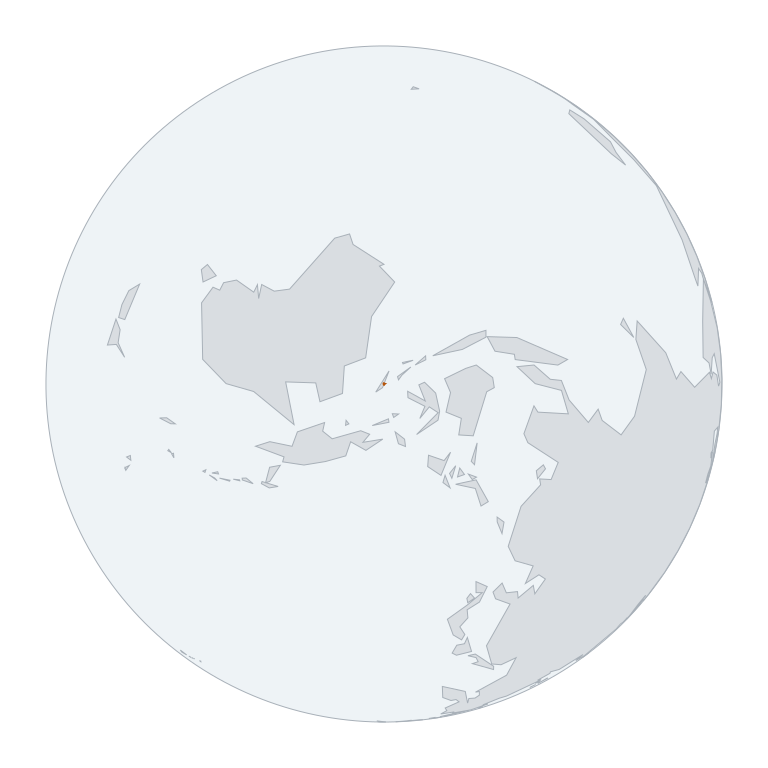 Ermera on an orthographic globe, rotated 148°
{"feature_id": "TLS-549", "entity_name": "Ermera", "entity_type": "District", "adm_level": 1, "iso_a3": "TLS", "parent_name": "East Timor", "parent_adm1": "", "projection": "orthographic", "projection_center": [125.395, -8.82], "detail": "fine", "context": "on_globe", "style": "filled", "palette": "amber", "viewbox_px": 768, "rotation_deg": 148, "n_neighbors": 0, "source": "natural_earth", "source_scale": "10m", "svg_char_len": 7033}
<svg xmlns="http://www.w3.org/2000/svg" viewBox="0 0 768 768"><g transform="rotate(148 384 384)"><circle cx="384" cy="384" r="338" fill="#eef3f6" stroke="#a8b0b8"/><path d="M648.7,447.6L648.4,450.1L648.0,450.4L648.7,447.6ZM566.4,99.5L567.5,100.3L568.6,102.1L561.5,96.4L566.4,99.5ZM553.1,91.4L551.7,90.7L544.8,86.9L539.6,84.3L531.6,80.2L528.9,78.7L553.1,91.4ZM521.2,75.2L520.7,75.0L511.7,71.2L513.3,71.8L521.2,75.2ZM697.7,266.3L694.9,258.8L697.5,263.8L697.7,266.3ZM692.5,254.2L693.7,256.7L692.6,254.6L692.5,254.2ZM691.4,252.6L692.2,253.8L691.5,253.2L691.4,252.6ZM690.1,251.3L690.7,251.7L690.7,251.9L690.1,251.3ZM687.1,247.2L686.2,246.0L686.5,245.5L687.1,247.2ZM540.3,84.7L542.3,85.9L538.7,84.2L540.3,84.7ZM523.2,76.6L516.9,74.0L522.6,76.2L523.2,76.6ZM512.7,72.2L497.3,66.9L500.5,68.7L482.9,61.6L501.8,67.8L508.4,70.0L508.1,70.2L512.7,72.2ZM475.6,59.0L471.3,57.8L475.0,58.7L475.6,59.0ZM269.8,66.0L270.2,65.8L274.6,64.3L278.6,62.9L278.4,63.6L281.6,62.6L282.9,61.8L290.1,59.5L302.8,56.0L302.0,56.4L297.3,57.7L286.4,61.7L274.0,66.0L275.0,65.9L285.5,62.4L298.9,57.3L306.8,55.3L301.6,57.0L304.1,56.2L307.7,55.3L310.6,55.2L316.9,53.2L358.1,47.4L367.9,47.8L358.6,49.1L386.6,49.1L395.4,51.7L396.6,50.7L410.8,51.4L408.3,50.5L409.9,50.2L445.3,54.4L453.0,56.5L469.6,59.4L470.2,59.2L465.4,57.6L482.9,61.6L500.5,68.7L498.2,68.7L510.8,74.1L503.8,73.7L503.8,76.8L488.8,74.7L490.1,78.2L494.9,80.1L500.3,87.0L494.8,96.6L478.0,80.2L482.2,69.1L478.7,72.3L473.2,69.4L468.0,69.6L466.1,72.7L469.7,74.2L434.3,72.1L417.0,81.9L433.5,83.9L441.0,89.5L435.8,107.7L393.7,130.6L403.2,142.7L401.8,149.8L389.3,152.6L390.9,142.1L380.8,137.2L383.7,131.4L364.1,134.1L367.3,126.1L350.5,133.1L353.7,140.1L369.8,139.9L353.9,150.7L366.5,164.6L364.7,180.5L332.6,207.6L304.6,215.5L302.3,221.0L292.9,214.4L277.8,225.2L293.1,258.0L291.7,267.7L268.4,286.0L268.4,278.6L243.5,261.0L236.9,284.5L255.6,304.2L262.0,328.2L246.7,320.6L240.5,299.9L231.7,293.0L235.5,272.4L231.1,243.1L215.7,249.2L218.3,237.5L209.9,215.2L188.6,223.9L153.9,257.3L146.8,288.3L135.9,303.3L128.5,261.2L133.4,233.2L125.6,237.2L122.3,216.6L101.8,221.5L103.5,215.1L98.6,219.8L97.0,215.2L101.4,204.9L98.3,207.4L87.9,234.7L91.7,232.4L101.4,218.9L97.2,229.6L99.3,237.4L80.5,268.3L57.5,303.8L63.0,281.4L71.7,255.0L82.3,231.7L94.8,209.3L108.8,187.9L124.5,167.6L141.6,148.5L160.2,130.9L180.0,114.6L201.0,99.9L223.0,86.9L246.0,75.5L269.8,66.0ZM62.7,279.3L57.1,305.4L55.8,309.6L56.0,315.3L65.9,300.7L64.2,308.6L54.8,348.4L47.9,407.8L53.3,441.9L60.4,472.5L66.0,497.5L75.6,520.4L79.9,531.2L86.9,544.6L96.0,560.8L96.1,561.0L84.1,539.8L73.7,517.8L64.8,495.0L57.7,471.7L52.2,448.0L48.4,423.9L46.4,399.5L46.2,375.2L47.7,350.8L51.0,326.7L56.0,302.8L62.7,279.3ZM123.9,170.5L128.8,169.0L140.3,153.7L143.2,152.2L146.1,147.9L141.2,152.6L150.3,141.3L157.3,135.8L163.8,129.6L162.4,130.0L148.1,142.3L134.9,158.0L127.9,165.3L123.9,170.5ZM197.8,615.7L204.7,619.5L201.7,620.6L197.8,615.7ZM69.2,458.7L84.0,515.3L81.2,518.0L73.8,502.8L63.6,469.4L64.5,457.4L63.1,441.6L69.2,458.7ZM346.7,388.7L357.2,390.9L356.9,392.5L346.7,388.7ZM335.7,382.4L347.5,383.6L333.8,385.8L335.7,382.4ZM352.2,384.2L364.2,382.0L369.5,379.8L368.6,383.1L352.2,384.2ZM327.7,382.1L285.5,380.1L269.1,375.5L272.7,369.7L299.2,371.8L327.7,382.1ZM271.4,369.5L246.7,353.0L215.3,307.5L226.5,307.9L259.8,335.2L257.7,340.1L272.5,353.0L271.4,369.5ZM332.1,341.5L329.8,356.4L306.3,353.9L295.7,351.2L288.4,331.9L292.4,322.5L301.0,323.0L335.8,292.8L347.6,301.2L336.6,313.9L346.3,327.3L332.1,341.5ZM147.5,291.1L151.8,309.1L146.2,312.9L147.5,291.1ZM351.0,272.2L336.2,284.7L350.0,267.6L351.0,272.2ZM359.8,256.2L360.2,262.9L354.9,256.0L359.8,256.2ZM300.8,229.7L291.7,231.0L292.0,226.5L304.0,222.3L300.8,229.7ZM363.2,194.6L361.1,207.0L358.6,211.2L355.4,203.3L363.2,194.6ZM353.0,47.7L359.3,47.0L361.4,47.0L360.2,47.2L353.0,47.7ZM358.5,47.0L353.4,47.5L352.7,47.5L358.5,47.0ZM569.7,576.0L573.8,581.0L564.2,590.2L550.9,598.4L538.3,598.2L569.7,576.0ZM470.4,578.9L468.9,564.7L483.4,566.4L478.3,577.8L470.4,578.9ZM579.0,569.9L587.6,559.9L589.8,544.1L590.0,559.4L597.9,563.6L576.9,581.1L579.0,569.9ZM413.8,514.5L348.5,533.8L333.7,529.5L336.3,518.7L320.6,485.5L325.4,486.4L320.9,464.8L358.8,447.8L385.7,415.9L408.1,420.3L424.2,398.0L447.7,402.9L441.3,421.1L466.3,437.9L481.8,397.2L498.5,446.7L517.7,468.0L524.7,501.0L495.7,549.5L477.7,556.7L473.6,550.6L466.3,554.9L454.0,550.3L445.8,530.9L438.7,535.3L445.0,522.9L435.0,533.2L427.9,520.9L413.8,514.5ZM582.1,460.8L585.9,463.3L592.3,474.1L586.2,470.5L582.1,460.8ZM639.1,453.5L641.0,458.5L637.0,457.8L639.1,453.5ZM648.0,450.4L643.3,449.9L648.7,447.6L648.0,450.4ZM600.7,438.3L602.7,442.0L601.2,442.6L600.7,438.3ZM599.2,436.8L601.3,432.7L601.1,437.5L599.2,436.8ZM580.5,405.7L582.7,403.9L583.8,406.1L580.5,405.7ZM372.8,392.4L387.2,381.7L395.3,381.5L372.8,392.4ZM577.1,399.7L571.5,397.7L572.0,395.4L577.1,399.7ZM577.4,394.0L576.7,390.4L580.4,399.5L577.4,394.0ZM566.4,383.4L573.4,391.4L565.6,384.0L566.4,383.4ZM562.3,383.2L557.3,379.3L557.6,378.3L562.3,383.2ZM507.4,375.2L525.9,399.3L511.4,395.6L495.0,379.9L482.8,389.3L454.8,382.8L461.0,376.5L457.0,365.0L428.5,356.7L422.8,349.0L432.8,345.7L414.2,337.9L434.5,337.3L442.9,352.7L454.5,343.3L474.8,349.3L494.8,357.7L511.2,371.7L507.4,375.2ZM434.9,368.8L438.5,369.3L435.4,373.3L434.9,368.8ZM547.8,368.8L555.0,377.7L554.2,379.3L550.7,377.3L547.8,368.8ZM515.0,370.0L532.5,361.9L536.7,363.1L525.1,374.0L515.0,370.0ZM528.1,353.2L536.4,356.7L540.8,364.5L539.1,365.9L528.1,353.2ZM393.5,350.5L392.7,354.4L387.5,350.8L393.5,350.5ZM400.1,348.9L416.0,355.0L398.7,352.1L400.1,348.9ZM353.3,331.0L357.7,340.6L371.9,335.8L361.1,343.4L370.9,359.7L367.8,365.3L358.0,347.7L354.9,364.8L348.7,364.0L345.0,348.9L351.2,331.5L357.4,324.7L383.1,323.9L353.3,331.0ZM399.9,337.5L395.8,326.3L398.9,319.6L403.4,325.7L399.9,337.5ZM384.0,300.0L373.6,287.2L363.7,290.9L384.1,276.3L390.7,290.8L384.0,300.0ZM375.8,273.4L366.5,276.7L376.4,268.1L375.8,273.4ZM364.3,272.6L363.7,264.6L370.9,266.2L364.3,272.6ZM380.6,274.2L383.0,260.9L386.2,269.2L380.6,274.2ZM361.9,247.0L376.4,261.0L356.7,253.9L357.9,229.0L366.4,229.1L361.9,247.0ZM421.7,160.4L420.7,154.4L428.9,154.2L427.3,158.3L421.7,160.4ZM454.9,150.9L430.8,152.4L411.3,155.0L416.5,158.3L410.7,167.7L403.8,157.5L418.6,148.5L433.1,148.5L436.8,141.2L448.4,137.9L448.2,128.7L453.8,125.9L458.3,134.5L454.9,150.9ZM447.6,124.9L451.5,110.8L466.3,115.6L468.8,119.7L460.7,123.9L453.4,121.1L447.6,124.9ZM456.8,109.1L449.7,106.6L440.6,86.5L442.4,83.8L457.2,100.0L451.3,98.6L450.9,103.2L456.8,109.1ZM471.8,58.1L471.3,57.8L474.4,58.7L471.8,58.1ZM408.2,49.7L410.9,49.4L414.5,50.1L408.2,49.7ZM420.6,49.4L414.6,48.8L421.2,49.3L420.6,49.4ZM401.2,47.8L412.4,48.5L401.3,48.1L401.2,47.8Z" fill="#d9dde1" stroke="#a8b0b8" stroke-width="1"/><path d="M384.4,383.0L384.6,383.0L384.6,383.3L384.3,383.4L384.3,383.5L384.2,383.8L384.3,383.9L384.5,384.0L384.6,384.3L384.4,384.5L384.3,384.8L384.1,385.0L383.6,385.0L383.5,384.9L383.5,384.7L383.3,384.2L383.2,383.9L382.8,383.7L382.7,383.6L383.0,383.6L383.3,383.4L383.7,383.3L384.0,383.3L384.1,383.2L384.4,383.0Z" fill="#f59e0b" stroke="#b45309" stroke-width="1.5"/></g></svg>